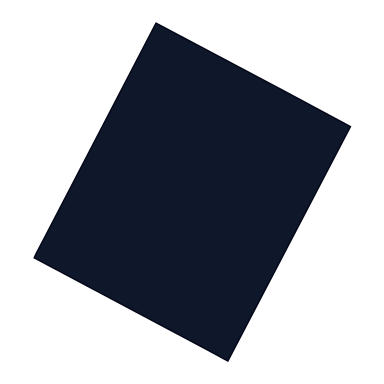 Sullivan, Missouri, United States of America (Robinson projection), rotated 118°
{"feature_id": "52423323B80963184454331", "entity_name": "Sullivan", "entity_type": "district", "adm_level": 2, "iso_a3": "USA", "parent_name": "United States of America", "parent_adm1": "Missouri", "projection": "robinson", "projection_center": [-93.116, 40.21], "detail": "fine", "context": "isolated", "style": "filled", "palette": "ink", "viewbox_px": 384, "rotation_deg": 118, "n_neighbors": 0, "source": "geoboundaries", "source_scale": "gbopen_adm2", "svg_char_len": 284}
<svg xmlns="http://www.w3.org/2000/svg" viewBox="0 0 384 384"><g transform="rotate(118 192 192)"><path d="M62.2,303.0L301.5,300.8L319.6,300.7L324.2,300.4L324.2,108.2L324.4,81.0L59.9,82.8L59.6,156.3L59.8,303.0L62.2,303.0Z" fill="#0f172a" stroke="#020617" stroke-width="1.5"/></g></svg>